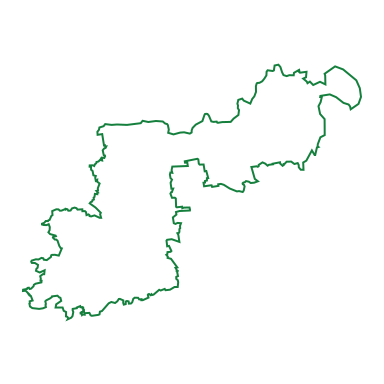 the district of Hama, Hamah, Syria
{"feature_id": "27442178B84195179221003", "entity_name": "Hama", "entity_type": "district", "adm_level": 2, "iso_a3": "SYR", "parent_name": "Syria", "parent_adm1": "Hamah", "projection": "orthographic", "projection_center": [36.877, 35.227], "detail": "fine", "context": "isolated", "style": "outline", "palette": "green", "viewbox_px": 384, "rotation_deg": 0, "n_neighbors": 0, "source": "geoboundaries", "source_scale": "gbopen_adm2", "svg_char_len": 5883}
<svg xmlns="http://www.w3.org/2000/svg" viewBox="0 0 384 384"><path d="M267.6,70.3L266.6,71.7L266.4,75.4L264.3,78.7L262.2,81.3L259.5,82.8L257.2,83.0L256.6,83.7L255.9,86.2L256.0,91.9L254.3,96.4L252.2,99.0L250.3,103.6L243.7,100.6L242.2,98.6L238.3,99.9L237.4,103.7L238.0,105.5L237.8,108.1L239.0,110.1L238.4,115.0L233.6,118.6L230.7,121.9L222.2,122.1L217.9,122.8L217.2,122.6L216.7,121.6L213.5,121.9L211.3,121.4L208.9,115.7L207.5,114.0L206.1,113.8L204.9,114.1L204.4,115.1L202.4,121.1L195.8,124.6L192.6,127.9L191.7,130.3L191.6,132.5L189.8,133.6L184.1,132.3L180.1,132.6L173.5,134.4L168.2,132.8L168.8,129.6L167.9,125.2L167.2,124.1L165.1,123.5L162.8,121.5L155.9,121.0L148.3,122.0L142.6,120.8L140.7,123.2L127.0,124.9L117.0,124.5L111.6,124.9L105.2,124.1L103.6,126.2L99.4,127.5L99.0,129.7L97.4,131.8L97.6,134.8L102.2,134.1L104.0,145.4L104.9,145.2L105.2,146.5L106.3,146.4L105.6,147.9L104.0,148.6L102.7,150.3L103.8,155.3L104.9,155.5L105.1,156.2L104.3,158.0L101.6,157.6L100.9,158.7L101.1,159.7L102.1,159.7L102.2,160.5L100.0,159.9L98.5,161.5L96.5,162.0L96.2,163.3L95.0,164.2L94.2,166.0L92.9,165.3L89.7,165.4L89.6,166.7L91.0,167.0L91.1,169.7L92.6,171.0L93.4,175.3L95.8,176.0L95.2,177.7L95.8,180.8L97.2,179.9L97.1,181.6L99.6,183.5L97.8,188.3L98.0,190.5L96.4,190.9L98.0,192.7L97.3,193.0L97.3,194.2L94.9,193.9L94.5,196.9L93.6,197.7L93.9,199.5L92.4,200.2L92.2,201.5L90.6,202.2L89.7,203.4L95.5,207.5L100.8,212.8L100.1,214.2L101.1,217.8L99.6,217.8L94.5,215.4L91.2,216.4L89.6,216.1L89.5,215.2L88.5,214.4L86.5,215.1L86.0,212.1L84.9,211.1L82.4,211.2L82.3,209.3L77.5,209.6L76.5,208.2L74.6,207.6L72.0,208.4L70.6,210.5L69.4,210.7L68.3,210.7L67.5,209.3L65.6,208.8L65.4,209.6L64.7,209.3L61.6,210.6L59.9,210.7L58.5,209.4L56.3,209.3L52.2,211.1L52.5,215.1L51.3,216.0L49.6,219.9L48.4,220.3L48.0,221.1L45.8,221.0L44.1,222.9L42.0,223.7L42.0,224.5L43.7,225.0L46.6,225.1L48.7,224.2L49.8,227.1L49.6,230.2L48.4,232.3L50.1,234.1L55.6,235.6L55.9,236.2L53.2,236.8L52.9,237.6L54.8,239.5L56.1,239.5L57.5,240.6L59.3,245.9L60.7,248.1L61.8,248.4L58.8,255.6L55.0,254.8L51.9,254.9L51.2,255.3L50.9,257.0L46.8,260.1L43.8,259.7L43.3,258.3L41.5,257.9L38.5,259.5L35.9,259.3L31.7,260.6L31.2,261.7L31.8,262.9L34.9,263.0L38.0,264.9L37.6,267.7L36.4,268.8L36.0,270.8L39.7,272.5L44.6,270.3L44.2,274.2L42.8,274.2L40.2,276.2L40.8,278.6L40.5,280.5L41.6,280.7L41.4,282.4L35.6,283.7L33.9,284.8L33.5,286.3L31.0,288.7L29.6,289.0L28.9,287.7L27.5,287.9L27.1,288.9L23.1,289.7L23.0,291.0L25.6,290.7L29.0,294.0L28.5,294.1L29.6,295.6L30.9,296.0L31.4,297.3L32.6,300.5L29.7,301.3L29.8,303.4L29.4,303.7L30.0,306.5L32.3,308.1L39.2,308.9L43.0,308.3L45.9,307.1L45.5,304.9L45.9,304.0L45.3,301.3L46.3,300.3L49.9,298.5L51.9,297.0L52.0,296.4L57.5,295.7L59.2,297.4L60.4,297.8L61.2,300.9L56.2,304.3L55.6,307.5L62.6,307.5L63.7,310.8L66.1,312.0L66.0,316.4L67.3,316.8L68.3,318.2L67.7,319.3L71.2,317.7L72.5,316.1L73.3,312.0L72.6,310.1L72.7,308.9L76.8,308.2L76.8,307.5L80.2,306.1L80.5,307.2L82.5,307.1L82.5,308.1L83.2,308.0L83.2,310.0L83.9,309.9L84.0,311.8L81.7,312.0L81.7,312.6L80.6,312.8L80.6,313.5L81.6,313.7L82.0,315.1L82.7,314.5L84.7,314.7L84.6,313.2L89.4,312.9L90.6,315.3L91.8,315.8L98.2,314.9L99.5,314.4L99.9,311.7L102.0,311.0L108.7,303.3L111.3,302.0L115.1,303.0L117.3,301.3L118.8,299.0L119.9,298.9L123.3,300.4L123.2,302.8L123.8,304.6L125.7,304.1L125.8,301.5L126.9,301.0L128.6,301.4L128.9,303.6L131.0,303.5L132.2,302.3L133.3,298.8L134.7,297.7L138.1,297.8L139.2,299.4L141.5,299.2L141.4,300.2L142.7,300.2L148.5,297.6L147.8,294.9L148.1,294.4L149.0,294.0L150.7,295.2L151.5,294.2L152.2,295.0L153.6,294.6L159.2,289.8L160.7,290.5L164.7,288.9L165.5,290.2L170.0,289.7L174.5,287.0L177.7,287.0L178.2,282.3L177.8,280.2L176.3,278.9L176.2,277.9L176.3,276.8L178.0,276.1L177.2,272.3L177.7,271.1L176.6,270.9L176.7,269.8L175.5,267.8L177.3,267.4L171.0,258.8L167.6,257.9L167.8,256.6L166.3,254.8L167.3,254.2L167.5,252.1L170.6,251.8L171.4,251.0L169.0,245.9L167.2,246.3L166.5,240.6L167.1,239.8L171.7,239.2L179.4,241.9L178.3,234.8L177.4,233.2L179.1,232.7L179.4,231.7L179.4,229.1L180.2,228.2L180.0,225.9L181.0,223.2L177.6,222.9L175.5,223.9L173.8,223.2L172.9,217.4L176.4,214.6L176.0,212.0L179.6,211.0L189.9,210.5L190.0,209.6L189.5,207.5L184.0,207.6L182.3,208.2L182.1,206.7L176.8,207.3L176.1,206.8L175.8,198.5L174.8,197.7L172.0,197.8L170.4,193.6L171.3,192.1L171.9,192.1L173.2,188.6L171.4,188.7L170.6,182.8L172.0,179.6L170.5,178.1L169.9,174.5L170.4,172.5L172.3,172.8L171.6,170.2L172.3,166.6L187.8,166.0L187.3,162.7L185.0,162.7L184.8,161.3L197.4,158.8L198.3,159.4L198.8,163.6L199.6,164.6L203.6,164.5L204.7,171.3L206.3,171.0L208.2,178.1L206.9,178.2L206.9,180.5L205.0,181.0L205.0,182.5L203.5,182.7L204.1,186.3L211.0,185.3L211.6,185.3L212.1,186.9L218.4,185.9L218.2,184.3L220.9,183.9L223.8,184.8L229.7,188.5L236.9,191.4L239.1,191.1L242.7,192.0L243.7,190.6L244.6,186.4L244.0,184.9L242.8,184.2L242.6,183.3L243.3,182.6L244.9,182.2L246.0,181.1L248.9,181.7L250.7,183.0L254.1,182.7L257.9,181.3L254.8,178.9L251.4,167.0L256.6,166.3L257.8,166.8L258.7,166.1L258.7,164.9L262.5,162.4L265.2,163.6L267.6,165.7L268.9,164.8L272.9,164.3L272.7,163.7L280.0,162.3L280.1,163.5L282.6,165.8L283.9,164.8L283.7,164.0L284.8,163.7L286.6,161.7L291.2,161.6L294.4,164.0L297.7,163.1L298.7,165.0L298.8,167.3L300.7,169.7L303.5,169.8L303.2,162.5L306.3,160.7L311.9,150.4L314.6,155.0L315.2,155.0L316.9,147.5L318.4,147.0L317.6,146.4L317.8,144.2L320.4,137.3L324.7,135.1L324.6,119.1L320.1,114.0L318.5,106.2L320.6,102.2L321.8,97.1L320.2,97.0L320.4,95.9L329.8,94.4L336.2,97.2L343.5,102.9L348.6,104.5L350.1,106.5L350.7,109.3L358.5,103.9L361.0,96.9L359.8,88.2L356.3,80.3L343.1,69.4L335.1,66.4L324.6,73.8L325.2,75.5L325.4,84.4L320.0,81.8L313.2,85.0L309.9,81.6L307.5,83.2L306.8,81.6L303.2,78.6L306.0,77.3L306.5,71.8L300.0,72.7L299.0,71.8L299.4,71.3L299.1,69.9L294.0,72.8L293.7,75.3L289.3,75.2L286.7,76.1L283.5,75.1L282.1,72.3L280.4,67.0L278.4,64.7L274.6,65.5L273.9,70.4L272.7,71.0L267.6,70.3Z" fill="none" stroke="#15803d" stroke-width="2"/></svg>